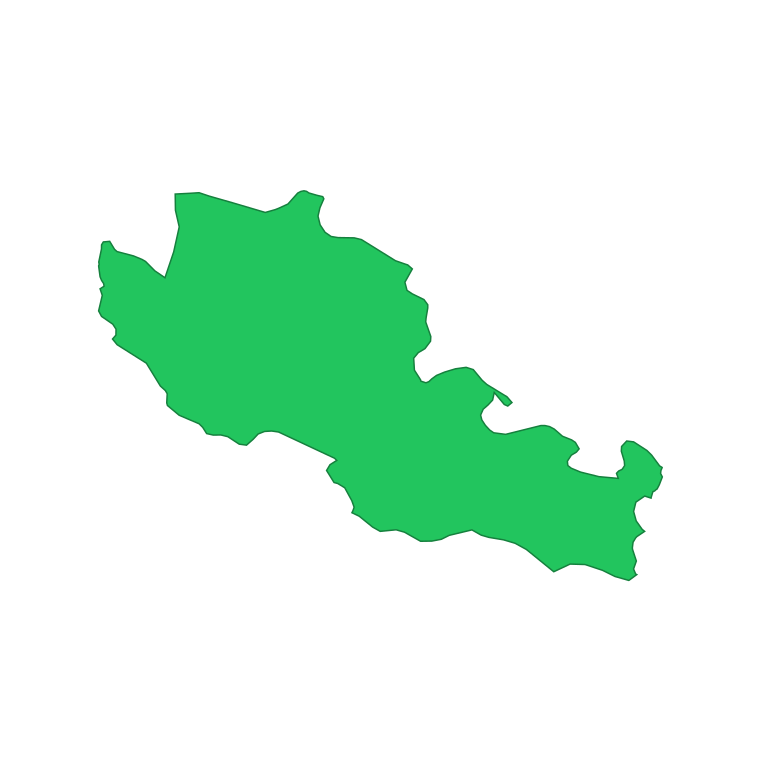 SVG path tracing the border of Noord-Brabant, rotated 210°
{"feature_id": "NLD-3483", "entity_name": "Noord-Brabant", "entity_type": "Province", "adm_level": 1, "iso_a3": "NLD", "parent_name": "Netherlands", "parent_adm1": "", "projection": "robinson", "projection_center": [5.036, 51.526], "detail": "fine", "context": "isolated", "style": "filled", "palette": "green", "viewbox_px": 768, "rotation_deg": 210, "n_neighbors": 0, "source": "natural_earth", "source_scale": "10m", "svg_char_len": 2677}
<svg xmlns="http://www.w3.org/2000/svg" viewBox="0 0 768 768"><g transform="rotate(210 384 384)"><path d="M284.3,431.8L281.9,424.4L283.4,417.9L285.5,411.8L284.8,405.4L281.3,401.8L275.6,398.9L269.5,397.0L264.6,396.6L253.5,401.2L227.3,426.5L223.8,428.5L219.3,429.9L214.1,430.1L203.3,428.0L193.6,429.4L189.1,429.1L182.6,425.4L183.3,421.3L186.2,416.0L186.6,408.8L184.0,405.3L179.7,404.7L169.7,406.0L151.6,411.2L133.9,419.4L138.0,422.9L137.3,425.9L135.1,429.2L134.8,433.6L137.4,437.4L144.9,444.5L147.0,448.7L145.3,456.0L138.9,458.7L123.1,457.9L116.6,456.2L104.4,450.9L101.4,450.8L101.3,450.7L100.9,447.5L99.7,444.8L96.5,442.7L95.2,434.4L95.0,429.6L95.7,428.3L96.1,426.8L97.3,425.1L95.8,418.9L95.7,418.7L102.2,417.3L106.8,407.6L104.1,398.4L97.1,391.5L87.7,387.2L84.6,386.7L88.7,378.3L89.1,376.6L89.2,371.5L86.9,366.1L85.8,364.8L77.0,356.9L76.7,356.5L76.9,356.6L75.4,348.6L71.1,345.3L69.8,345.3L73.6,336.6L73.8,336.3L87.7,332.8L101.6,331.9L119.6,328.2L132.8,321.1L143.1,306.3L178.0,311.9L190.9,311.6L202.6,308.8L216.5,303.6L224.3,301.7L234.9,301.6L251.8,285.6L256.7,278.2L264.0,271.9L273.7,266.1L292.2,265.9L300.6,263.8L313.6,254.5L322.3,254.4L339.4,257.1L347.4,256.5L347.6,259.0L348.3,262.4L353.6,266.9L366.1,274.5L374.3,274.7L378.0,273.7L390.5,280.4L390.4,287.2L386.7,294.2L389.7,295.0L451.3,289.7L457.8,287.1L463.7,283.2L468.0,277.8L469.7,270.6L472.5,262.3L479.3,259.5L492.9,260.3L499.8,258.3L506.3,254.4L512.8,252.4L519.3,255.8L524.2,257.1L545.7,254.5L560.8,257.1L562.7,259.0L566.9,267.2L570.1,269.0L576.6,270.4L600.2,283.2L634.8,284.6L641.6,287.2L640.6,292.3L643.5,297.5L648.8,300.2L662.4,301.3L667.7,304.6L672.3,319.9L677.5,324.5L675.3,328.7L677.0,330.8L680.4,332.5L683.5,334.9L690.2,343.6L690.5,345.2L692.0,347.0L696.2,359.7L698.2,363.3L698.1,366.7L692.9,370.4L684.7,365.9L681.4,365.2L664.9,369.7L655.8,370.9L651.8,370.9L638.9,367.4L626.8,366.5L632.2,393.3L639.9,417.7L651.5,430.2L659.8,444.1L647.6,452.0L639.8,457.2L629.4,459.3L605.4,465.3L572.6,473.2L565.4,480.6L563.1,483.5L557.2,491.8L554.2,506.2L552.3,509.2L549.9,511.3L547.4,512.1L544.5,511.9L536.4,513.9L530.8,515.6L530.7,515.6L528.7,514.3L527.6,504.6L525.1,496.4L518.9,489.9L510.9,485.9L503.6,485.3L497.0,487.8L482.8,495.7L475.7,497.8L435.7,496.5L425.2,498.5L423.0,499.0L417.0,497.8L416.8,482.6L410.9,476.6L404.6,476.2L391.6,477.1L385.7,474.5L384.1,471.7L380.6,462.3L378.9,458.6L367.2,448.5L365.1,444.3L366.2,435.1L370.0,428.3L371.2,421.2L364.6,411.2L354.4,405.9L353.5,404.9L348.3,406.0L346.3,408.5L345.1,412.5L342.8,417.7L337.5,424.6L329.7,432.9L321.2,439.5L313.9,441.1L300.9,436.3L294.7,435.0L271.0,434.4L263.9,431.9L265.8,426.8L269.6,426.4L284.3,431.8Z" fill="#22c55e" stroke="#15803d" stroke-width="1.5"/></g></svg>